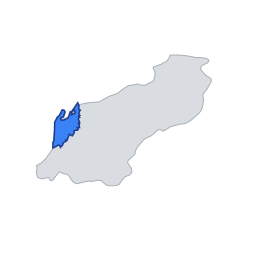 Vlorë, Vlorë, Albania (highlighted), rotated 63°
{"feature_id": "67620474B72762453157270", "entity_name": "Vlorë", "entity_type": "district", "adm_level": 2, "iso_a3": "ALB", "parent_name": "Albania", "parent_adm1": "Vlorë", "projection": "equal_earth", "projection_center": [19.584, 40.349], "detail": "fine", "context": "in_parent", "style": "filled", "palette": "blue", "viewbox_px": 256, "rotation_deg": 63, "n_neighbors": 0, "source": "geoboundaries", "source_scale": "gbopen_adm2", "svg_char_len": 2267}
<svg xmlns="http://www.w3.org/2000/svg" viewBox="0 0 256 256"><g transform="rotate(63 128 128)"><path d="M85.3,78.1L85.5,74.7L86.3,69.3L85.9,67.5L86.3,64.4L84.8,60.3L82.1,57.4L84.7,52.2L88.3,45.9L91.8,40.9L95.9,35.7L98.6,30.7L101.6,26.4L104.2,25.1L105.4,26.0L106.1,27.9L105.9,33.4L106.8,35.3L108.6,36.7L112.3,36.0L116.4,34.7L121.9,31.7L122.9,31.9L125.0,33.4L129.3,40.2L132.1,46.1L137.7,48.1L140.9,50.4L144.9,53.9L146.9,57.5L149.7,68.3L150.0,74.8L149.2,77.8L148.6,78.6L146.1,89.2L146.7,94.6L146.7,98.2L144.6,99.6L143.2,101.9L145.5,110.8L145.3,114.6L145.4,118.9L149.6,128.9L152.0,132.0L154.2,133.4L157.1,142.6L158.7,144.2L165.5,143.3L168.9,144.4L170.2,146.5L170.5,148.0L170.1,153.2L171.8,157.1L174.1,161.2L174.1,163.7L172.6,167.8L169.9,172.6L166.3,174.4L162.4,176.0L160.5,179.7L159.5,183.6L157.8,186.5L156.7,189.7L155.0,196.3L154.6,198.7L151.9,201.1L147.8,202.1L144.0,202.3L141.5,203.4L140.2,205.6L137.8,207.5L136.4,208.3L136.4,210.2L138.2,214.4L140.1,217.8L140.2,220.5L139.2,221.3L136.2,221.0L135.5,222.0L135.2,225.0L134.4,227.6L133.1,229.2L130.9,230.9L126.9,230.4L123.1,227.7L121.2,226.9L120.0,227.0L119.7,220.7L118.1,215.7L112.1,203.8L92.7,192.3L88.1,187.1L86.1,182.7L84.2,178.6L86.1,178.5L88.0,179.5L90.4,180.8L91.4,178.7L90.3,174.2L85.3,163.8L85.0,160.9L87.4,152.1L91.5,142.3L91.2,130.4L92.5,121.4L91.1,115.6L90.4,108.5L93.4,99.1L95.9,96.7L97.5,93.7L97.6,83.7L91.9,79.0L85.3,78.1Z" fill="#d9dde1" stroke="#a8b0b8" stroke-width="1"/><path d="M82.7,161.3L87.7,170.6L87.9,167.5L90.6,168.3L90.6,172.4L88.7,171.0L87.2,172.0L91.7,176.6L91.9,181.3L90.4,184.2L88.8,183.8L88.7,182.9L88.8,181.2L87.9,179.7L86.8,178.4L85.2,176.8L84.3,176.7L83.3,176.8L81.9,178.3L85.7,183.6L86.3,186.2L89.7,190.8L96.3,194.3L105.6,199.7L106.7,201.4L111.7,204.0L111.7,199.5L111.5,198.3L112.4,196.7L114.6,197.0L113.6,194.1L111.7,192.3L111.8,189.4L110.3,188.9L111.3,187.9L106.9,183.1L109.7,181.3L109.1,180.0L108.2,178.5L106.1,177.2L106.2,175.7L106.9,174.5L106.8,173.1L104.5,173.1L105.7,171.0L104.7,170.7L103.7,170.4L103.2,170.2L103.0,169.8L102.9,169.8L102.1,169.8L101.7,169.9L101.8,169.1L100.6,169.2L100.7,168.4L97.5,168.2L96.6,167.5L96.6,166.2L95.0,166.7L95.0,165.1L92.8,165.3L91.0,163.5L90.4,162.4L88.9,163.3L85.8,161.5L82.7,161.3Z" fill="#3b82f6" stroke="#1e3a8a" stroke-width="1.5"/></g></svg>